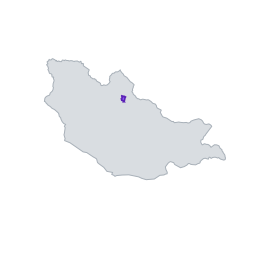 Ix-Uul, Hövsgöl, Mongolia shown in context, rotated 25°
{"feature_id": "93677404B26219584096108", "entity_name": "Ix-Uul", "entity_type": "district", "adm_level": 2, "iso_a3": "MNG", "parent_name": "Mongolia", "parent_adm1": "Hövsgöl", "projection": "albers", "projection_center": [101.419, 49.506], "detail": "fine", "context": "in_parent", "style": "filled", "palette": "violet", "viewbox_px": 256, "rotation_deg": 25, "n_neighbors": 0, "source": "geoboundaries", "source_scale": "gbopen_adm2", "svg_char_len": 4217}
<svg xmlns="http://www.w3.org/2000/svg" viewBox="0 0 256 256"><g transform="rotate(25 128 128)"><path d="M27.6,99.2L28.3,99.4L29.6,98.7L29.9,97.6L30.4,97.0L33.1,97.1L34.2,97.7L34.6,97.0L34.8,96.9L35.3,97.6L36.0,97.5L36.5,97.2L37.0,96.4L37.9,96.7L39.6,96.0L39.8,94.2L40.5,93.9L41.9,93.8L42.2,93.0L42.5,92.8L43.6,92.8L45.5,92.1L46.3,92.2L47.1,91.5L48.8,90.7L51.2,90.5L51.4,90.0L53.7,88.7L56.1,88.9L56.8,87.6L57.2,87.5L58.6,89.3L59.3,89.2L59.6,88.6L60.6,88.7L60.9,89.9L61.4,90.5L68.1,91.6L68.3,92.1L68.5,94.8L69.6,96.2L69.9,96.8L71.8,96.8L72.8,97.9L74.4,98.0L75.3,98.3L76.9,97.5L77.3,97.5L77.8,98.1L78.6,97.8L80.0,98.8L81.2,98.7L81.7,99.1L82.5,98.8L84.1,99.2L85.4,100.7L86.3,100.7L87.4,99.8L87.8,99.1L89.4,98.9L90.3,98.3L91.0,97.7L91.9,95.6L92.2,93.5L91.4,93.1L90.8,92.4L90.4,91.2L90.4,90.4L89.7,89.1L89.8,88.5L90.3,87.4L90.6,85.7L91.1,84.8L92.2,84.3L92.4,83.6L93.1,82.3L94.8,81.6L95.8,80.2L96.4,78.7L97.2,79.5L99.3,80.6L101.1,81.2L102.3,82.3L105.5,82.6L110.8,85.2L111.9,85.1L115.1,86.1L115.3,86.5L115.3,88.4L115.6,89.0L115.7,91.1L116.4,92.1L116.2,93.4L116.5,93.7L117.3,93.9L118.6,95.2L121.5,96.0L122.4,96.9L124.4,97.4L125.4,97.0L127.1,97.2L127.7,97.0L128.7,96.0L129.3,95.6L133.1,94.7L134.1,94.0L134.8,93.8L137.8,94.3L139.9,95.1L142.8,94.8L144.3,95.8L145.0,96.8L146.2,97.6L150.4,97.7L150.6,97.9L150.7,100.1L150.9,100.4L153.8,102.6L155.1,103.2L158.9,102.7L165.0,103.6L166.3,102.9L167.7,103.6L168.1,103.4L171.7,101.0L172.3,101.0L176.1,99.7L178.5,98.3L180.4,98.1L181.8,97.0L182.2,95.2L184.3,92.9L188.2,89.7L190.9,89.6L192.6,90.2L194.6,91.7L195.6,92.0L197.3,91.8L199.6,90.1L200.9,90.2L202.2,90.5L203.2,91.2L201.1,101.1L201.2,101.6L200.3,103.7L200.6,106.8L199.2,108.2L199.8,109.9L200.3,110.5L202.3,111.9L202.9,111.5L203.3,110.7L204.1,109.9L205.9,109.7L207.4,109.1L209.4,109.3L211.4,110.4L213.4,106.7L215.6,105.8L217.9,105.7L220.0,107.4L222.2,107.9L222.9,109.0L223.9,109.3L224.2,109.8L227.2,111.6L228.1,113.0L229.0,114.0L229.3,115.1L229.3,115.7L228.4,116.6L224.9,117.1L222.6,116.5L222.0,117.3L219.3,117.6L218.0,118.4L217.0,119.1L216.6,120.0L216.2,120.3L215.7,120.3L214.8,119.9L214.1,120.1L213.9,120.2L213.9,122.3L211.6,122.7L210.8,122.7L209.1,124.0L209.0,124.8L208.2,126.0L207.6,128.1L208.0,128.9L207.8,129.5L206.3,130.9L204.9,132.8L201.7,134.0L200.1,134.4L198.9,134.2L197.7,134.7L197.1,136.6L195.3,139.2L192.4,141.8L186.3,141.4L185.5,141.2L184.1,140.1L180.7,140.5L179.9,141.5L179.2,143.0L178.3,147.5L180.0,149.7L181.8,151.1L182.6,152.1L182.7,153.1L181.7,153.7L180.4,155.4L176.9,157.4L173.4,163.1L166.4,167.1L161.8,167.8L158.2,167.8L148.5,170.1L142.4,173.2L137.8,175.9L136.8,177.1L136.3,177.3L135.4,176.9L132.9,176.9L132.8,174.8L127.2,176.2L122.7,173.9L116.2,172.6L114.9,172.1L112.7,169.4L111.5,169.1L108.7,168.9L101.0,167.7L97.4,168.6L81.7,165.9L76.0,166.2L75.7,165.9L75.5,164.2L73.0,161.4L72.7,160.7L72.6,159.7L70.9,154.2L69.6,153.3L69.9,151.1L67.9,151.1L65.7,150.1L63.5,148.3L62.5,147.0L60.9,146.6L59.1,144.2L58.2,143.7L53.5,142.3L51.0,142.3L48.5,141.4L45.6,141.0L44.7,140.4L43.8,140.4L42.2,139.2L41.0,139.2L40.1,136.0L40.6,134.1L41.4,133.0L42.9,131.5L43.0,130.9L42.7,129.3L43.8,126.6L43.8,124.9L43.3,122.8L42.4,122.2L41.4,119.4L41.2,117.3L40.8,115.8L39.5,114.8L39.2,113.5L38.8,113.3L38.5,113.7L37.6,113.7L36.9,112.8L36.5,111.8L36.0,111.5L35.1,111.4L34.2,111.7L33.3,111.3L32.6,110.4L30.7,108.8L30.8,107.9L30.6,107.2L30.0,106.9L29.5,106.2L27.6,105.1L27.6,104.6L28.3,103.7L27.1,102.7L26.7,101.8L27.7,100.8L27.5,100.0L27.6,99.2Z" fill="#d9dde1" stroke="#a8b0b8" stroke-width="1"/><path d="M113.6,105.8L113.2,105.6L113.2,105.2L113.2,104.6L113.1,104.4L113.1,104.2L113.0,103.8L112.9,103.8L112.8,103.6L112.7,103.4L112.9,103.2L112.8,102.8L112.5,102.1L112.7,101.7L112.7,100.9L112.4,100.9L111.9,100.8L111.7,100.8L111.6,101.1L111.3,100.9L110.9,100.9L110.8,101.0L110.6,101.4L110.6,101.5L110.4,101.5L110.2,101.5L110.1,101.4L110.0,101.2L109.9,101.2L109.7,101.2L109.1,101.4L108.7,101.4L108.7,101.7L109.0,101.9L109.6,102.3L109.9,102.4L109.9,102.8L109.7,103.2L110.0,103.5L109.9,104.2L109.7,104.4L109.6,104.5L110.1,104.9L110.3,104.9L110.4,105.1L110.6,105.6L110.9,105.5L111.4,105.3L111.9,105.5L112.2,105.3L112.3,105.3L112.5,105.5L112.6,106.3L113.2,106.0L113.6,105.8L113.6,105.8Z" fill="#8b5cf6" stroke="#5b21b6" stroke-width="1.5"/></g></svg>